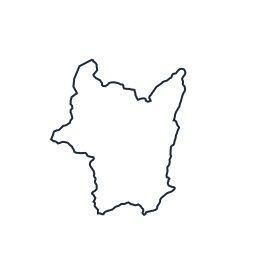 the district of São Sebastião do Paraíso, Minas Gerais, Brazil, rotated 46°
{"feature_id": "56859067B47748239020131", "entity_name": "São Sebastião do Paraíso", "entity_type": "district", "adm_level": 2, "iso_a3": "BRA", "parent_name": "Brazil", "parent_adm1": "Minas Gerais", "projection": "equal_earth", "projection_center": [-46.997, -20.902], "detail": "fine", "context": "isolated", "style": "outline", "palette": "slate", "viewbox_px": 256, "rotation_deg": 46, "n_neighbors": 0, "source": "geoboundaries", "source_scale": "gbopen_adm2", "svg_char_len": 3992}
<svg xmlns="http://www.w3.org/2000/svg" viewBox="0 0 256 256"><g transform="rotate(46 128 128)"><path d="M125.0,47.0L123.5,47.6L122.5,48.5L121.6,49.8L121.4,52.1L121.7,53.9L121.9,55.6L121.3,56.8L120.5,57.7L120.4,59.0L121.0,60.3L121.8,61.8L121.2,63.8L121.1,65.6L120.9,67.3L120.1,68.7L119.3,70.2L119.1,71.6L119.1,73.4L118.9,74.7L118.6,76.7L118.2,78.6L118.4,80.7L118.9,82.7L119.4,85.3L119.6,86.7L120.1,88.3L120.1,90.4L121.0,91.8L122.9,92.3L124.2,92.8L123.7,94.2L122.7,95.6L120.9,96.2L119.1,95.2L117.7,95.9L116.6,97.3L115.5,99.0L114.6,101.3L112.4,100.8L111.0,100.2L109.5,99.8L108.5,98.8L107.0,98.0L106.0,97.6L105.0,96.9L104.0,97.7L103.1,98.6L102.1,99.1L100.6,100.1L99.1,101.6L97.9,102.6L96.8,103.4L95.4,102.9L94.0,101.8L93.0,101.7L91.7,102.9L89.6,103.6L87.8,104.6L85.9,105.9L84.8,107.0L83.4,108.7L82.7,110.1L82.7,112.1L82.2,115.2L80.6,116.6L79.1,116.8L77.6,115.4L75.9,115.4L74.4,114.9L72.9,115.5L71.5,115.8L70.1,116.4L68.9,116.3L67.8,116.5L66.7,116.3L65.6,115.8L65.5,114.1L65.3,112.0L65.0,110.1L63.6,108.9L62.2,108.0L61.0,106.8L59.5,106.3L57.8,106.2L56.1,106.7L54.9,106.1L53.7,106.9L49.8,120.0L55.3,132.6L60.3,138.5L61.5,138.8L67.5,140.5L66.6,147.0L68.7,150.5L70.0,151.6L70.7,152.7L73.0,152.8L75.1,154.2L75.3,156.8L76.9,158.6L77.9,158.6L79.2,159.5L81.3,160.5L82.4,161.5L82.6,164.0L83.9,166.2L83.0,170.7L81.5,173.1L81.5,178.0L81.3,179.5L80.3,180.7L79.2,183.5L79.7,185.1L80.6,186.0L82.7,191.2L84.2,190.9L85.7,190.8L87.0,189.6L88.6,189.1L90.3,189.2L91.3,187.7L91.8,186.4L92.6,184.6L93.6,183.7L94.6,183.0L95.7,182.3L96.8,181.6L98.1,181.6L99.4,181.6L100.8,181.4L102.7,181.2L104.2,181.9L105.6,182.0L106.6,182.6L107.9,183.1L109.6,182.6L110.8,181.6L111.9,180.6L113.3,179.5L114.0,178.5L115.0,177.5L116.1,176.1L117.5,175.8L118.6,176.1L119.7,176.4L120.8,176.2L121.8,175.4L123.0,174.7L124.0,173.9L125.2,173.2L126.4,174.0L126.7,175.5L126.3,177.0L126.4,178.8L127.3,180.3L128.3,181.2L129.4,181.6L130.9,181.9L132.4,182.1L134.1,182.5L135.3,182.6L136.3,183.4L137.4,183.9L138.4,185.4L139.9,186.2L141.5,186.2L142.6,187.3L143.4,189.0L145.2,189.8L147.0,190.1L148.5,191.3L150.1,192.9L150.3,195.3L149.7,197.3L149.8,199.2L150.9,199.6L152.1,199.2L153.4,199.6L154.5,199.9L155.6,200.0L156.4,201.6L157.0,204.0L158.4,203.7L159.6,204.3L160.7,206.0L162.1,206.4L163.2,206.3L164.3,206.4L165.9,206.4L167.4,207.9L168.6,209.0L169.4,207.9L170.4,207.1L172.0,206.6L173.0,205.5L172.4,204.2L172.6,202.3L173.3,200.4L174.3,198.9L174.8,197.6L175.6,196.3L175.9,194.6L175.9,192.4L176.6,190.4L177.4,189.1L177.8,187.5L177.9,186.1L178.5,184.8L179.5,184.1L180.6,182.6L181.1,180.7L182.0,179.2L183.8,179.0L185.0,178.8L185.8,178.0L186.8,177.4L188.4,176.7L189.6,175.2L190.1,173.7L191.5,173.4L193.2,173.2L194.5,173.5L195.6,173.6L197.0,173.5L198.3,174.6L199.0,176.5L200.1,176.7L201.6,176.7L202.0,175.2L201.2,173.7L202.0,172.0L202.9,170.5L203.8,168.9L204.9,167.3L205.9,165.4L206.2,163.3L205.6,162.2L204.7,161.5L204.4,160.0L204.0,158.0L203.2,156.0L202.0,154.7L201.4,152.5L201.6,150.7L201.8,148.4L202.0,145.4L202.7,143.4L203.5,142.0L204.1,140.1L204.2,138.6L204.3,137.1L203.4,135.9L202.2,136.3L200.9,137.3L199.4,137.9L198.4,138.5L197.0,138.6L195.9,138.0L194.8,137.3L194.4,135.9L193.5,135.1L193.3,133.5L191.9,133.4L190.3,134.3L188.9,133.3L188.1,132.1L187.4,130.9L186.7,129.8L185.8,128.9L184.8,128.1L183.7,127.2L183.3,125.4L183.1,124.0L182.3,122.8L181.3,121.4L179.6,120.1L178.9,118.1L178.0,116.4L176.6,116.0L175.3,114.5L173.9,113.1L172.6,111.6L171.4,110.2L171.3,108.3L171.7,106.8L171.2,105.6L170.1,104.1L169.1,102.3L168.2,100.6L167.2,99.4L166.4,98.2L165.7,96.4L164.7,94.7L163.9,92.9L163.2,91.0L162.0,90.6L160.6,90.6L159.2,90.1L158.1,89.6L157.0,88.9L155.5,88.9L154.2,89.9L153.6,88.5L152.6,86.7L151.1,84.9L150.3,83.3L149.8,81.9L149.2,79.8L148.6,77.8L148.3,76.2L147.2,74.7L146.5,73.5L145.8,71.9L144.7,70.1L143.2,67.6L141.7,64.7L141.3,63.4L140.9,61.7L139.9,60.1L138.9,59.4L137.6,58.5L136.5,58.4L134.7,58.2L133.6,57.0L132.3,55.8L130.9,55.5L130.0,54.6L129.3,52.2L129.2,50.6L128.5,48.7L127.0,47.6L125.0,47.0Z" fill="none" stroke="#1e293b" stroke-width="2"/></g></svg>